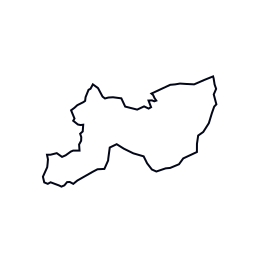 outline of Tessaoua, Maradi, Niger, rotated 65°
{"feature_id": "23599985B9962986153255", "entity_name": "Tessaoua", "entity_type": "district", "adm_level": 2, "iso_a3": "NER", "parent_name": "Niger", "parent_adm1": "Maradi", "projection": "robinson", "projection_center": [8.153, 13.835], "detail": "fine", "context": "isolated", "style": "outline", "palette": "ink", "viewbox_px": 256, "rotation_deg": 65, "n_neighbors": 0, "source": "geoboundaries", "source_scale": "gbopen_adm2", "svg_char_len": 1294}
<svg xmlns="http://www.w3.org/2000/svg" viewBox="0 0 256 256"><g transform="rotate(65 128 128)"><path d="M87.1,168.1L87.9,172.1L96.8,172.5L98.3,174.6L103.7,171.9L105.3,169.7L106.1,167.2L112.0,170.5L113.0,173.8L116.5,174.2L119.8,175.9L122.3,179.3L128.0,181.5L125.3,187.2L125.2,189.8L126.4,196.0L126.3,200.0L120.7,203.2L119.5,209.4L118.5,211.6L118.0,212.7L122.6,213.8L126.1,215.8L129.4,217.8L136.2,225.7L141.9,226.9L144.7,224.3L144.5,221.1L150.9,214.8L153.0,213.1L153.1,209.9L151.3,206.1L152.3,203.6L155.5,201.2L154.2,196.1L152.8,178.9L152.5,173.1L155.1,166.7L149.1,159.8L148.3,159.3L147.7,159.0L138.0,152.8L137.9,145.1L145.0,140.5L153.2,133.9L160.3,125.8L168.1,125.6L175.7,123.9L179.4,120.7L180.5,110.9L182.0,106.7L182.4,97.1L178.9,90.8L178.9,75.7L171.5,72.2L164.5,67.6L163.4,61.5L157.8,52.7L150.0,45.7L145.0,40.8L143.9,37.9L133.8,36.1L129.8,31.6L125.1,31.1L119.5,29.5L117.2,29.1L116.7,38.5L116.4,49.6L112.6,56.8L109.7,62.1L108.4,66.8L106.7,71.5L106.7,92.2L108.7,91.3L112.2,91.3L115.1,90.8L114.9,92.9L113.1,94.6L111.8,97.8L118.9,98.3L119.1,101.1L115.2,104.3L115.2,111.9L107.4,121.5L98.3,121.5L93.8,128.6L92.1,132.9L91.5,136.4L88.8,137.8L79.2,138.3L73.6,141.4L76.6,145.4L76.7,147.6L82.1,153.4L85.3,155.4L85.7,157.5L85.9,164.3L87.1,168.1Z" fill="none" stroke="#020617" stroke-width="2"/></g></svg>